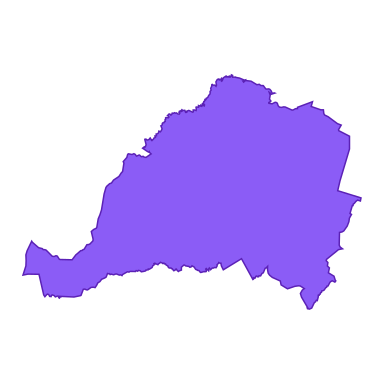 the district of Naucalpan de Juárez, México, Mexico
{"feature_id": "50627088B48006947471790", "entity_name": "Naucalpan de Juárez", "entity_type": "district", "adm_level": 2, "iso_a3": "MEX", "parent_name": "Mexico", "parent_adm1": "México", "projection": "robinson", "projection_center": [-99.3, 19.474], "detail": "fine", "context": "isolated", "style": "filled", "palette": "violet", "viewbox_px": 384, "rotation_deg": 0, "n_neighbors": 0, "source": "geoboundaries", "source_scale": "gbopen_adm2", "svg_char_len": 5993}
<svg xmlns="http://www.w3.org/2000/svg" viewBox="0 0 384 384"><path d="M31.7,241.2L27.1,250.8L25.9,254.9L26.1,260.5L25.9,265.9L23.0,275.1L27.9,274.1L39.0,274.3L43.7,294.9L44.9,296.7L46.8,294.5L47.8,294.1L49.1,295.1L49.6,296.4L51.1,296.6L51.4,295.5L52.2,294.9L54.2,295.6L55.3,296.9L57.3,296.1L59.4,296.3L58.7,297.6L59.4,298.1L60.5,296.7L61.2,296.7L61.2,296.4L74.0,297.0L80.3,295.7L81.0,295.4L83.3,289.3L84.9,289.1L86.2,289.8L87.6,289.9L91.1,287.4L93.3,287.2L95.1,287.6L96.7,285.2L97.8,282.9L99.9,281.6L101.6,279.3L104.9,277.9L106.2,277.0L107.5,273.5L108.5,273.8L109.3,273.6L110.1,274.6L111.1,274.1L113.7,274.8L115.3,274.1L116.6,274.0L119.3,275.1L120.5,274.8L122.0,275.6L122.6,274.5L127.4,271.8L129.0,272.1L130.2,271.4L135.5,271.5L136.2,270.6L137.7,271.2L138.3,270.4L140.1,270.7L141.3,271.8L143.2,271.5L145.3,271.0L145.9,270.6L145.9,270.1L148.2,269.8L148.3,269.0L149.4,269.2L152.1,267.5L152.9,265.6L153.9,265.1L154.2,264.6L153.9,263.6L154.8,263.2L155.4,263.5L155.6,264.0L156.4,264.0L157.9,264.7L158.5,263.8L159.9,263.0L160.4,262.3L162.1,262.9L162.6,263.5L163.9,263.1L164.3,263.9L165.5,263.9L166.0,264.9L168.0,266.1L168.0,266.7L168.7,267.7L169.9,268.1L170.9,267.9L171.5,268.7L172.2,268.7L173.7,270.7L174.8,270.4L175.9,269.1L176.4,269.1L177.1,270.4L178.4,271.5L179.2,270.9L181.4,270.1L181.4,267.2L183.8,265.1L184.6,265.1L185.6,265.9L188.8,266.4L189.9,267.3L191.3,266.8L192.0,265.8L194.1,267.0L195.7,269.4L196.9,269.7L197.3,270.3L199.0,270.6L200.3,272.3L200.8,272.5L204.3,271.5L204.8,271.8L206.2,271.5L206.3,270.4L205.7,269.1L206.2,268.5L208.7,270.9L208.9,270.2L208.4,269.4L209.3,268.0L210.6,269.7L212.3,268.0L213.3,268.1L214.6,267.5L216.1,267.7L217.2,265.8L217.0,264.8L218.6,263.2L218.7,262.6L220.3,263.3L220.9,263.2L221.4,265.9L223.3,269.8L241.5,258.7L252.9,279.5L253.5,279.1L253.5,277.8L253.9,277.6L254.7,278.2L255.2,278.0L255.8,276.4L256.3,276.1L257.0,276.1L257.4,276.8L258.6,276.8L259.0,275.7L260.6,275.9L262.0,273.4L263.3,272.8L265.2,268.2L266.1,268.0L267.6,266.4L267.5,269.5L268.2,273.2L269.6,275.2L272.3,277.4L280.3,281.0L281.1,284.9L287.5,288.8L294.9,286.3L298.5,285.8L300.3,286.0L304.3,288.6L302.3,290.1L300.4,293.5L301.5,297.1L307.7,307.7L307.2,307.8L307.5,308.7L309.5,309.1L311.7,308.1L314.3,302.7L315.6,301.7L316.3,300.3L316.8,300.2L317.3,300.5L318.2,297.1L318.3,295.2L319.2,295.2L319.3,294.5L320.2,294.1L320.6,292.7L321.5,292.3L321.8,290.9L323.0,290.7L324.2,290.0L325.7,287.7L326.6,287.3L326.9,286.2L328.0,286.0L329.9,282.4L330.6,281.7L332.2,280.8L334.9,282.1L335.8,280.9L335.3,280.4L334.0,276.2L328.4,272.8L329.4,267.9L327.4,266.0L327.9,262.5L326.2,260.7L326.3,259.9L326.7,259.2L338.5,249.6L342.5,248.8L340.2,247.1L339.2,245.1L339.5,232.4L341.9,232.0L343.8,230.9L347.2,226.1L348.9,221.7L349.4,218.2L351.5,214.4L350.0,213.5L352.3,205.6L353.0,205.6L353.3,204.0L354.2,203.5L355.9,201.4L357.6,200.1L360.4,201.0L361.0,197.9L337.7,190.7L340.0,180.8L349.5,149.0L349.5,136.2L338.8,130.7L338.5,129.8L341.2,125.1L337.4,123.6L328.1,116.7L324.6,115.0L323.8,113.5L323.4,109.8L320.8,109.8L311.2,106.5L312.5,101.7L297.5,107.3L297.5,108.6L295.4,108.7L293.5,109.8L292.1,110.1L285.2,107.0L283.5,106.9L281.5,107.4L279.4,107.1L278.1,105.7L277.3,103.2L276.1,102.4L275.1,102.3L272.1,103.8L268.9,103.3L268.8,102.5L270.7,101.5L270.9,101.0L269.5,99.2L270.2,95.1L269.2,92.3L270.1,92.9L270.8,94.4L274.8,93.1L274.3,92.9L272.3,93.4L271.1,90.8L269.9,89.4L268.8,88.9L266.6,89.1L265.7,88.8L263.3,85.6L260.8,85.5L259.3,84.3L256.9,84.7L251.1,81.2L245.5,80.5L243.6,82.1L243.0,81.2L244.4,81.4L245.3,79.9L244.4,80.1L239.6,78.1L235.4,77.3L235.4,77.1L232.6,77.2L232.6,75.4L231.5,74.9L231.5,75.8L230.6,76.7L229.9,76.0L228.3,76.6L228.8,77.0L226.6,76.9L226.9,76.5L226.1,76.0L223.5,77.7L222.8,79.3L222.5,78.6L221.8,78.3L222.1,80.7L221.7,81.2L221.1,80.7L221.3,79.7L221.1,79.2L219.9,79.1L219.2,79.9L218.3,79.0L217.2,79.6L215.9,81.9L216.5,85.2L216.0,86.3L214.8,85.1L213.2,85.2L212.2,84.4L211.8,84.7L211.7,86.3L210.7,88.3L211.1,90.2L210.1,91.4L210.0,92.1L210.3,92.8L209.8,94.3L208.8,95.3L207.7,97.5L206.1,98.4L206.3,98.8L205.6,99.8L204.9,99.6L204.9,100.4L204.4,101.3L203.8,101.5L203.5,104.1L204.5,104.8L204.3,105.9L203.5,105.6L203.1,104.7L202.5,104.5L202.4,103.8L202.1,104.1L202.3,105.3L201.8,106.4L201.6,106.4L200.7,105.2L200.2,106.1L198.5,105.5L198.5,107.2L196.2,107.0L196.0,107.4L196.3,109.0L196.1,110.5L194.0,109.9L193.1,110.1L193.4,110.9L193.3,111.8L192.7,112.2L188.8,110.4L186.7,111.2L187.0,111.8L186.8,112.2L185.9,112.5L185.6,112.4L184.8,110.3L182.6,110.5L181.9,109.7L181.3,110.4L181.8,111.3L181.4,111.5L180.3,110.9L179.4,111.3L179.5,111.7L179.0,112.2L179.9,112.9L179.3,114.1L178.0,114.0L176.4,112.9L175.7,113.2L174.4,112.7L173.6,113.3L172.2,113.1L171.8,114.3L170.9,115.1L169.8,114.0L169.0,114.0L167.5,115.6L168.4,116.1L168.9,117.1L168.3,117.8L166.1,117.5L165.6,117.8L165.6,119.4L165.0,119.8L165.2,121.5L164.3,121.8L164.0,122.7L162.7,122.9L162.3,123.4L162.3,124.5L161.4,125.8L160.9,125.9L162.0,128.5L162.0,129.1L161.3,130.5L160.4,131.8L158.9,131.1L158.4,132.9L157.8,133.6L156.1,134.1L156.5,135.7L154.9,136.0L155.4,137.4L153.8,138.2L153.7,138.8L151.9,140.6L151.5,140.4L151.5,139.6L150.6,138.9L150.2,138.0L149.7,138.4L149.2,139.4L147.9,139.9L146.9,140.0L146.0,139.1L144.9,139.2L144.8,139.5L146.1,144.6L145.5,146.5L144.8,147.4L144.3,146.8L142.6,148.2L147.4,151.5L149.1,152.3L149.3,151.8L149.7,152.6L151.1,153.9L146.0,157.4L144.1,157.1L143.1,156.3L141.7,156.7L140.9,156.4L139.6,155.1L139.1,155.0L136.6,156.1L136.0,155.6L135.4,154.5L133.9,153.7L132.0,154.5L128.5,153.8L127.7,154.3L126.8,157.5L123.2,161.6L123.9,163.1L122.6,171.5L121.2,173.0L118.9,176.5L113.5,180.1L111.5,183.0L109.6,183.7L106.7,186.3L105.9,187.6L104.1,194.0L101.5,209.9L100.0,214.6L98.2,218.9L96.8,227.3L96.3,228.2L93.6,229.5L91.3,231.5L93.1,239.2L92.9,240.9L90.0,243.9L88.8,244.5L86.9,244.7L84.1,249.3L82.9,249.7L82.3,250.4L80.7,250.7L75.8,254.9L72.1,259.8L60.0,259.5L59.3,259.2L57.3,256.1L56.0,255.7L54.1,256.5L52.3,256.3L46.1,250.1L44.9,249.7L43.2,249.6L42.3,248.6L38.6,247.7L32.3,242.2L31.7,241.2Z" fill="#8b5cf6" stroke="#5b21b6" stroke-width="1.5"/></svg>